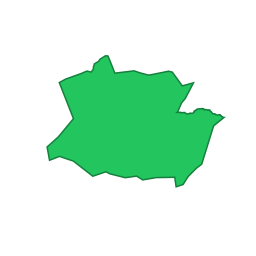 Erdenesant, Töv, Mongolia (Equal Earth projection), rotated 141°
{"feature_id": "93677404B9230847740032", "entity_name": "Erdenesant", "entity_type": "district", "adm_level": 2, "iso_a3": "MNG", "parent_name": "Mongolia", "parent_adm1": "Töv", "projection": "equal_earth", "projection_center": [104.186, 47.276], "detail": "fine", "context": "isolated", "style": "filled", "palette": "green", "viewbox_px": 256, "rotation_deg": 141, "n_neighbors": 0, "source": "geoboundaries", "source_scale": "gbopen_adm2", "svg_char_len": 2351}
<svg xmlns="http://www.w3.org/2000/svg" viewBox="0 0 256 256"><g transform="rotate(141 128 128)"><path d="M98.3,196.7L100.1,198.3L106.4,199.1L108.9,198.3L113.7,199.0L116.6,197.1L117.7,195.7L121.4,194.6L124.1,198.1L130.1,199.8L145.5,205.2L152.8,206.6L164.5,169.6L187.9,164.9L202.8,164.2L209.3,152.3L199.0,149.0L197.1,145.8L191.3,136.7L185.7,112.7L172.8,107.9L170.8,103.6L161.4,91.1L151.6,85.2L149.2,78.4L137.3,71.7L122.7,60.3L127.6,52.0L120.8,49.4L111.9,52.4L100.1,53.7L93.5,53.5L60.1,75.8L55.7,75.8L46.9,75.8L46.7,75.8L46.8,75.9L47.0,76.1L47.3,76.4L47.4,76.6L47.5,76.8L47.5,77.1L47.6,77.3L47.8,77.4L48.0,77.6L48.0,78.0L47.9,78.2L47.8,78.5L47.9,78.9L48.0,79.2L48.0,79.4L48.1,79.6L48.0,79.8L48.0,80.0L48.3,80.5L48.6,80.8L48.9,80.8L49.0,81.0L49.3,81.3L49.5,81.3L50.0,81.4L50.3,81.7L50.7,82.2L50.9,82.5L51.0,82.8L51.1,83.0L51.4,83.1L51.4,83.6L51.4,83.9L51.6,84.3L52.0,84.8L52.3,84.9L52.5,85.0L52.8,85.3L52.9,85.5L53.1,85.6L53.2,85.9L53.2,86.2L53.2,86.5L53.1,86.8L53.2,87.1L53.2,87.4L53.1,87.7L53.2,87.8L53.3,87.9L53.3,88.0L53.2,88.4L53.1,88.5L53.2,88.9L53.3,89.0L53.4,89.3L53.5,89.6L53.5,89.8L53.3,90.0L53.1,90.2L53.1,90.4L53.2,90.6L53.4,90.7L53.7,90.7L53.7,91.0L53.9,91.2L54.0,91.4L54.1,91.5L54.3,91.4L54.6,91.6L54.8,91.9L55.0,92.0L55.1,92.4L55.3,92.7L55.5,93.0L56.2,93.4L56.3,93.7L56.6,93.8L56.8,93.9L56.9,94.0L57.2,94.1L57.3,94.2L57.3,94.4L57.1,94.7L57.1,95.0L57.4,95.1L57.3,95.5L57.6,95.7L57.7,95.9L57.9,96.1L58.0,96.3L58.2,96.5L58.5,96.5L59.0,96.8L59.0,97.0L59.6,97.2L59.7,97.3L59.8,97.5L60.0,97.7L60.3,97.7L60.6,98.0L61.1,98.4L61.4,98.6L61.7,98.8L62.1,98.9L62.2,99.1L62.4,99.2L62.8,99.2L63.1,99.3L63.4,99.3L63.6,99.2L63.8,99.0L64.2,99.1L64.6,99.0L64.9,99.2L65.4,99.5L65.9,99.5L66.2,99.4L66.3,99.0L66.7,98.9L66.9,98.7L68.3,98.8L69.1,99.0L69.4,99.2L69.5,99.6L69.9,99.8L70.0,100.2L71.3,100.8L71.9,100.9L73.0,101.4L73.3,101.6L73.3,101.9L73.4,102.3L73.6,102.6L74.0,103.1L74.1,103.9L74.4,104.2L74.3,104.4L74.6,104.6L74.7,104.8L75.2,105.0L75.5,105.4L76.2,105.8L76.6,105.9L76.8,106.1L76.9,106.5L77.2,106.7L77.4,106.7L77.4,106.9L77.5,107.0L77.4,107.2L77.5,107.4L80.0,109.2L80.1,109.3L79.9,109.3L79.0,109.4L76.7,110.6L74.9,111.6L73.8,112.1L70.5,113.8L64.9,114.9L48.7,121.9L59.3,126.6L58.4,143.5L60.7,146.6L74.9,154.0L78.8,156.2L84.0,163.4L87.3,168.6L103.7,178.9L99.8,191.3L98.3,196.5L98.3,196.7Z" fill="#22c55e" stroke="#15803d" stroke-width="1.5"/></g></svg>